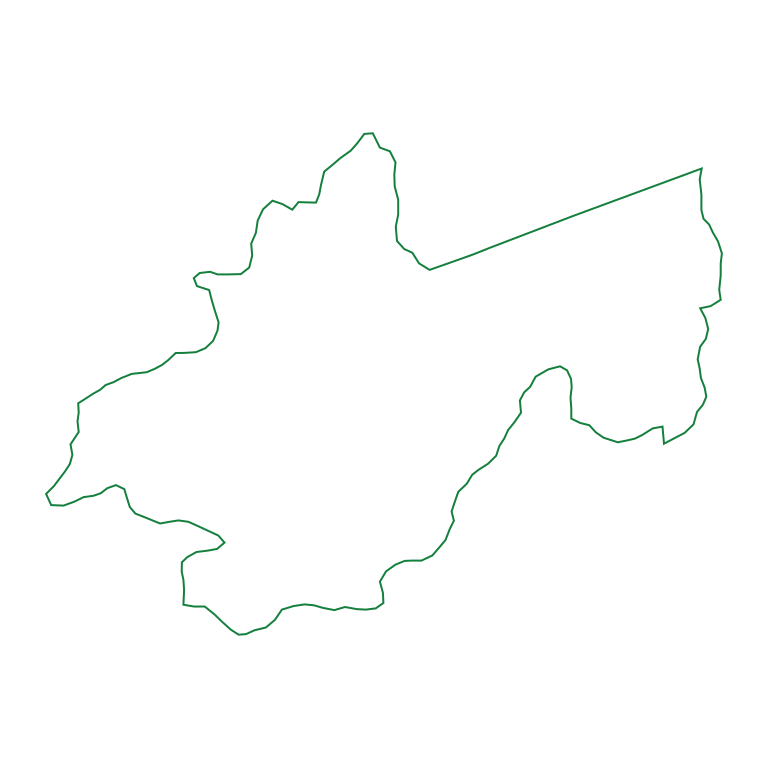 Alvarenga, Minas Gerais, Brazil
{"feature_id": "56859067B30296109157485", "entity_name": "Alvarenga", "entity_type": "district", "adm_level": 2, "iso_a3": "BRA", "parent_name": "Brazil", "parent_adm1": "Minas Gerais", "projection": "robinson", "projection_center": [-41.705, -19.42], "detail": "fine", "context": "isolated", "style": "outline", "palette": "green", "viewbox_px": 768, "rotation_deg": 0, "n_neighbors": 0, "source": "geoboundaries", "source_scale": "gbopen_adm2", "svg_char_len": 2581}
<svg xmlns="http://www.w3.org/2000/svg" viewBox="0 0 768 768"><path d="M664.0,443.7L673.7,438.6L684.6,432.9L693.5,424.4L697.0,412.0L702.9,404.7L706.3,396.7L704.7,387.8L700.9,377.9L699.7,368.7L697.7,359.3L700.1,346.8L705.9,338.8L708.2,328.9L705.4,318.1L700.2,308.3L710.6,306.1L720.7,299.8L719.2,289.9L720.7,275.6L720.7,263.6L721.9,253.4L718.0,241.4L713.0,232.8L709.1,224.5L703.6,218.9L701.4,210.1L701.4,194.6L699.7,179.3L701.7,168.5L573.0,216.0L491.1,247.3L473.3,254.4L429.6,269.9L419.0,263.3L412.4,252.8L404.2,249.0L397.0,241.0L395.8,226.6L398.2,214.6L398.2,199.8L394.7,186.4L394.3,174.7L395.5,162.4L389.9,151.3L379.9,147.6L376.4,140.5L372.8,133.3L364.3,133.9L357.4,143.1L350.7,150.7L340.6,157.9L331.7,165.5L324.2,171.6L321.0,185.0L319.3,194.1L316.0,202.6L306.9,202.4L298.5,202.1L292.3,209.7L282.2,204.0L272.5,200.7L263.1,209.2L257.7,220.5L255.9,232.8L251.2,243.6L252.2,255.6L249.2,267.6L240.8,274.1L228.4,274.4L217.5,274.4L210.1,271.8L199.7,273.0L193.8,278.1L197.0,286.1L209.2,290.1L211.9,300.7L215.1,311.5L218.6,322.3L217.5,330.6L213.1,340.9L205.4,348.2L195.8,352.2L184.4,352.9L175.7,353.0L168.1,360.2L161.9,365.0L155.0,368.7L146.8,372.2L131.7,373.9L121.6,377.9L113.6,382.1L105.7,385.0L100.0,389.9L93.3,393.6L85.6,398.6L78.2,403.3L78.7,412.7L77.5,421.2L78.7,432.0L70.5,444.4L72.4,454.8L69.8,464.2L64.8,471.7L59.4,478.8L53.9,486.1L46.1,493.9L51.2,505.1L63.5,505.6L74.5,501.6L83.7,497.1L93.4,495.8L100.8,493.2L107.3,488.2L115.9,485.1L124.3,489.1L127.0,498.1L129.8,507.0L135.4,513.6L146.8,518.1L160.1,523.5L169.5,521.8L178.4,520.4L188.4,521.8L198.0,526.1L207.0,530.3L218.3,535.5L224.5,542.6L217.1,548.9L207.9,550.6L196.5,552.0L187.3,557.1L181.9,562.3L181.7,571.7L183.4,579.7L184.1,590.1L183.4,604.7L193.8,606.5L204.7,606.5L214.7,614.6L222.1,621.8L231.0,629.8L238.7,634.7L246.1,634.1L254.4,630.3L265.9,627.5L274.9,619.9L281.9,609.6L293.4,606.1L304.4,604.4L314.0,605.3L323.0,607.9L334.4,610.1L345.0,607.0L356.6,609.1L365.9,609.6L375.7,608.4L383.4,603.0L382.9,592.7L379.9,581.6L386.1,571.3L395.5,564.6L404.7,560.9L411.8,560.6L421.4,560.6L432.3,555.5L440.0,546.6L445.5,540.0L449.7,529.2L453.9,520.7L451.6,511.5L454.7,502.1L458.3,491.8L466.8,483.7L472.2,474.8L478.4,469.9L488.1,463.7L496.2,455.7L499.4,445.9L504.2,438.6L508.1,430.1L514.5,422.1L521.0,412.7L519.9,400.4L524.2,392.3L530.2,386.8L535.6,376.7L548.2,369.4L560.1,366.3L567.1,370.4L571.0,378.8L571.7,387.0L570.5,397.6L571.3,408.4L571.3,418.6L580.3,423.0L589.3,425.2L595.9,432.4L603.6,437.7L617.8,442.3L627.2,440.4L635.0,438.6L642.0,435.1L652.7,428.4L662.5,426.6L664.0,443.7Z" fill="none" stroke="#15803d" stroke-width="2"/></svg>